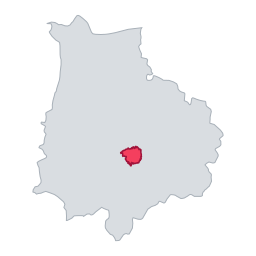 location of Byerazino, Minsk, Belarus, rotated 90°
{"feature_id": "67162791B55727051267470", "entity_name": "Byerazino", "entity_type": "district", "adm_level": 2, "iso_a3": "BLR", "parent_name": "Belarus", "parent_adm1": "Minsk", "projection": "orthographic", "projection_center": [28.995, 53.791], "detail": "fine", "context": "in_parent", "style": "filled", "palette": "rose", "viewbox_px": 256, "rotation_deg": 90, "n_neighbors": 0, "source": "geoboundaries", "source_scale": "gbopen_adm2", "svg_char_len": 6881}
<svg xmlns="http://www.w3.org/2000/svg" viewBox="0 0 256 256"><g transform="rotate(90 128 128)"><path d="M220.5,189.6L216.0,189.5L210.5,189.8L207.5,192.1L204.2,191.1L201.8,192.4L196.6,198.4L194.5,201.6L192.6,206.6L191.4,210.2L192.2,212.7L193.2,215.0L193.5,217.6L194.1,219.5L192.7,221.0L192.0,223.1L189.7,222.8L186.8,220.9L186.2,218.0L183.9,216.0L182.5,215.0L180.1,214.9L176.4,215.9L171.4,216.6L167.7,216.9L165.7,217.9L162.7,218.9L161.5,217.7L159.9,214.5L158.5,211.2L157.6,209.8L156.7,209.4L155.7,209.5L154.6,210.5L153.7,211.6L150.6,212.8L149.2,214.0L147.7,217.0L146.7,216.7L145.7,216.0L144.5,212.7L142.9,211.9L140.3,211.8L137.1,211.1L134.5,210.0L133.5,210.3L131.9,211.7L130.2,211.9L126.6,210.5L125.8,211.1L123.7,214.8L122.6,214.9L122.1,214.5L122.5,211.2L120.3,210.1L116.7,209.8L114.2,210.2L112.9,210.1L112.3,209.4L109.4,203.9L107.7,203.6L104.8,203.7L100.5,203.0L95.5,201.6L92.8,201.0L91.4,199.8L88.4,199.2L80.2,196.6L76.9,196.1L72.0,195.8L64.5,194.9L59.6,194.9L57.4,195.6L54.7,195.9L45.8,196.0L42.5,196.4L41.6,197.5L40.3,199.9L36.4,203.9L32.6,206.5L31.9,206.7L29.9,205.0L28.2,204.4L26.2,204.1L24.7,204.5L23.7,205.1L23.6,208.4L23.4,208.7L22.1,204.6L22.5,201.1L23.5,199.1L24.7,197.4L24.5,194.6L25.8,191.1L26.0,188.5L25.6,187.3L24.9,185.9L22.7,184.3L21.7,183.1L18.7,181.3L15.8,179.2L15.4,178.0L15.6,177.2L16.2,176.0L18.8,172.7L21.7,169.5L23.4,168.2L32.3,164.5L33.8,163.1L34.3,160.5L34.5,155.2L34.3,150.4L33.9,147.1L32.7,140.8L29.3,127.7L27.7,114.2L29.3,115.1L33.3,115.7L36.5,115.0L38.2,115.0L39.6,115.4L43.9,115.0L44.8,116.2L46.6,117.4L50.4,116.1L53.8,114.5L57.2,114.9L57.7,114.0L58.8,109.3L59.9,108.4L63.9,109.1L65.4,108.3L67.1,106.1L69.5,104.7L71.5,104.8L73.7,103.3L74.6,104.5L75.0,106.4L74.2,108.0L74.5,108.6L75.9,109.4L78.4,109.5L80.0,108.9L80.4,108.1L80.4,106.5L80.1,104.9L79.1,103.6L77.2,102.8L75.9,102.7L75.7,101.9L76.2,100.2L77.6,97.0L79.2,94.1L80.1,93.0L80.3,92.0L80.3,90.2L80.4,87.0L81.9,82.6L83.8,79.3L86.2,78.3L89.1,77.9L91.0,76.3L92.0,74.5L92.9,71.7L93.8,71.1L100.7,71.7L101.9,68.9L102.5,68.1L103.8,67.3L104.8,66.3L104.5,65.5L102.7,64.9L98.6,64.3L97.8,63.3L98.1,62.2L99.3,59.3L100.5,55.5L101.1,52.5L101.3,50.8L101.9,50.3L105.2,49.9L106.4,49.3L109.3,45.3L111.5,44.7L117.1,45.9L119.7,45.9L123.0,46.2L123.3,45.8L124.5,41.8L130.2,35.5L133.2,33.3L135.1,32.9L135.7,33.0L138.6,36.4L139.3,36.6L141.3,35.2L144.8,35.1L146.3,36.3L148.6,40.4L149.8,40.9L153.1,38.6L154.9,37.8L156.2,37.9L162.5,41.1L162.9,42.1L163.0,43.3L162.0,47.1L163.3,49.4L164.9,51.0L168.1,48.3L169.3,47.6L170.6,47.6L172.3,46.6L173.6,45.1L174.8,44.6L177.1,44.9L181.3,44.5L186.2,46.7L186.7,47.4L189.2,50.0L190.1,51.3L190.9,51.7L192.2,53.0L194.0,53.7L195.2,53.5L195.8,53.9L196.3,54.9L196.4,56.6L196.4,61.6L194.7,64.3L194.5,65.2L194.6,66.3L196.1,68.4L198.0,71.7L198.4,73.7L198.5,75.1L196.1,79.5L195.3,80.5L194.8,82.6L194.6,84.8L194.8,85.7L199.0,89.0L202.2,90.7L202.9,91.6L203.0,92.2L201.4,95.9L201.3,96.9L203.8,98.3L205.3,100.7L206.6,104.5L209.2,108.2L218.2,113.3L219.0,114.3L219.4,115.4L219.2,118.0L217.7,122.9L219.3,123.6L223.2,123.2L228.1,123.6L234.0,126.8L234.1,128.4L233.5,129.8L234.0,131.3L234.7,132.5L239.9,136.1L240.5,137.2L240.6,139.0L240.6,140.4L239.2,140.8L237.7,141.5L235.2,143.3L234.3,145.7L230.4,149.1L227.9,150.6L225.9,150.8L221.0,150.3L219.3,148.8L218.5,147.4L216.7,146.8L214.2,146.8L210.8,147.2L210.1,147.7L209.6,149.5L208.3,152.6L207.3,154.3L211.8,160.2L214.1,162.6L214.9,164.1L214.9,165.2L213.9,166.5L214.1,169.1L216.4,172.4L215.7,172.9L215.6,177.1L215.8,181.5L216.4,182.6L217.6,183.4L218.6,185.0L220.4,188.7L220.5,189.6Z" fill="#d9dde1" stroke="#a8b0b8" stroke-width="1"/><path d="M162.0,116.9L161.9,116.9L161.7,116.9L161.4,116.8L161.3,116.7L161.2,116.6L160.9,116.5L160.7,116.5L160.6,116.4L160.6,116.2L160.5,115.9L160.3,115.7L160.1,115.7L159.9,115.8L159.7,115.9L159.3,115.9L159.2,115.9L159.2,115.6L159.3,115.5L159.3,115.4L159.3,115.2L159.2,115.1L159.0,114.9L158.7,114.8L158.4,114.8L158.1,114.9L157.8,114.9L157.5,115.0L157.2,115.2L156.9,115.2L156.8,114.8L156.7,114.6L156.4,114.6L156.2,114.7L155.7,114.7L155.5,114.8L155.3,114.8L155.1,114.8L154.9,114.7L154.7,114.7L154.4,114.7L154.2,114.7L153.6,114.9L153.3,115.0L153.0,115.1L152.7,115.1L152.2,115.1L151.5,115.1L151.3,115.1L151.1,115.2L151.0,115.3L150.7,115.4L150.5,115.2L150.4,115.2L150.2,115.0L149.8,115.1L149.7,115.3L149.7,115.5L149.4,115.7L149.2,115.8L149.2,116.0L149.2,116.4L149.1,116.6L149.3,116.9L149.4,117.0L149.1,117.2L148.9,117.0L148.7,117.0L148.4,117.2L148.3,117.4L148.0,117.6L147.8,117.9L147.6,118.3L147.4,118.4L147.2,118.4L147.0,118.5L146.9,118.6L146.9,118.8L147.0,118.9L147.2,119.0L147.3,119.0L147.5,119.1L147.5,119.3L147.4,119.5L147.6,119.7L147.6,119.8L147.3,120.0L147.2,120.0L147.0,119.9L146.8,119.9L146.6,119.9L146.4,120.1L146.4,120.3L146.6,120.5L146.9,120.6L147.1,120.6L147.2,120.9L147.2,121.1L147.2,121.3L147.4,121.4L147.6,121.4L147.8,121.3L148.0,121.2L148.3,121.2L148.4,121.4L148.3,121.5L148.2,121.6L147.8,121.8L147.6,122.0L147.4,122.0L147.2,122.3L146.9,122.6L146.9,122.8L147.1,123.1L147.4,123.3L147.7,123.5L147.8,123.5L148.0,123.5L148.1,123.4L148.3,123.3L148.5,123.4L148.5,123.6L148.4,123.8L148.1,124.0L147.9,124.1L147.8,124.3L148.0,124.4L148.4,124.3L148.5,124.4L148.6,124.5L148.8,124.8L148.8,125.1L148.6,125.2L148.6,125.4L148.6,125.5L148.9,125.7L148.9,125.9L148.9,126.2L149.0,126.4L149.0,126.7L149.0,127.0L148.7,127.2L148.6,127.3L148.4,127.5L148.1,127.7L148.1,127.9L148.3,128.0L148.5,128.1L148.9,128.4L149.0,128.6L149.1,129.0L149.1,129.4L149.2,129.6L149.3,129.9L149.3,130.2L149.5,130.4L149.8,130.8L150.1,131.0L150.4,131.3L150.4,131.6L150.4,131.8L150.3,132.0L150.4,132.3L150.7,132.5L150.8,132.7L150.9,132.9L150.9,133.3L151.0,133.5L151.3,133.5L151.7,133.9L151.9,134.2L152.0,134.5L152.2,134.8L152.4,135.1L152.6,135.3L152.9,135.3L153.1,135.2L153.4,135.0L153.2,134.6L153.2,134.3L153.2,133.8L153.2,133.5L153.5,133.5L154.1,133.2L154.4,133.3L154.8,133.4L155.4,133.3L155.8,133.4L156.0,133.3L156.3,133.1L156.1,132.6L156.0,132.0L156.0,131.7L156.4,131.4L156.5,130.9L156.6,130.6L156.4,130.1L156.5,129.8L156.8,129.7L157.1,129.8L157.6,129.9L157.9,129.9L158.2,130.2L158.5,130.5L159.1,130.6L159.5,130.3L159.8,130.0L160.0,130.0L160.3,129.9L160.4,129.6L160.7,129.4L161.3,129.4L161.5,129.2L161.6,128.7L161.8,128.5L162.0,128.2L161.8,127.9L161.8,127.5L162.1,127.3L162.4,127.5L162.6,127.8L162.8,128.1L163.1,128.1L163.2,127.5L163.3,127.3L163.6,127.1L163.9,127.0L164.1,126.7L163.9,126.5L163.4,126.4L163.2,126.1L163.5,125.8L163.9,125.8L164.6,125.9L165.2,125.7L165.6,125.6L165.8,125.2L165.7,124.9L165.2,124.8L164.8,124.6L164.6,124.4L164.4,124.3L164.0,124.2L163.3,124.1L162.7,124.1L162.8,123.9L163.0,123.7L163.1,123.3L163.0,123.0L163.3,122.8L163.7,122.8L163.9,122.4L163.7,122.2L163.3,121.9L163.3,121.7L163.5,121.5L163.5,121.1L163.5,120.8L163.3,120.4L163.1,120.0L163.1,119.7L163.1,119.4L163.0,119.1L162.9,118.9L162.7,118.6L162.8,118.2L163.0,118.1L162.8,117.6L162.7,117.3L162.4,117.2L162.0,116.9Z" fill="#f43f5e" stroke="#9f1239" stroke-width="1.5"/></g></svg>